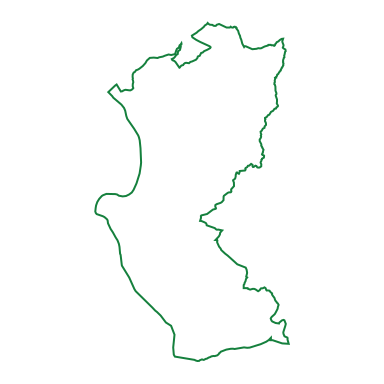 Daesti, Vâlcea, Romania (Equal Earth projection)
{"feature_id": "2599482B34599857525673", "entity_name": "Daesti", "entity_type": "district", "adm_level": 2, "iso_a3": "ROU", "parent_name": "Romania", "parent_adm1": "Vâlcea", "projection": "equal_earth", "projection_center": [24.416, 45.181], "detail": "fine", "context": "isolated", "style": "outline", "palette": "green", "viewbox_px": 384, "rotation_deg": 0, "n_neighbors": 0, "source": "geoboundaries", "source_scale": "gbopen_adm2", "svg_char_len": 5921}
<svg xmlns="http://www.w3.org/2000/svg" viewBox="0 0 384 384"><path d="M284.4,320.3L283.6,319.9L282.1,320.3L279.3,322.6L279.0,323.5L275.6,323.0L272.3,321.5L271.5,320.6L270.7,318.6L270.9,318.1L271.7,316.9L274.7,314.2L275.7,312.5L277.6,308.8L277.9,306.9L278.6,304.9L277.8,303.4L276.7,302.5L276.5,301.8L275.5,300.8L275.0,299.8L274.5,298.0L272.4,295.2L272.0,294.3L272.1,293.4L270.5,292.1L269.5,290.7L267.6,290.4L266.7,290.5L266.2,289.9L265.6,288.2L264.5,287.4L262.7,288.3L261.1,288.3L260.2,289.3L259.7,290.2L258.1,291.2L255.5,289.4L254.2,288.9L252.6,288.9L250.1,289.6L247.7,288.7L247.6,288.1L243.7,288.1L243.7,285.0L244.5,283.8L244.6,282.8L245.5,281.2L246.0,279.0L247.2,277.4L246.2,276.7L247.0,273.6L247.1,272.6L246.6,269.7L245.7,267.6L237.3,264.3L227.7,255.6L225.2,253.7L221.3,250.1L220.6,248.5L219.1,246.7L217.2,242.5L217.1,241.7L217.4,240.8L217.2,240.1L215.5,240.0L218.9,236.4L219.9,234.5L220.2,232.6L222.2,230.4L218.5,229.6L216.9,229.7L216.0,229.3L214.8,228.1L206.7,225.3L206.5,224.1L205.9,223.1L204.5,222.3L201.4,221.0L200.1,220.9L201.0,217.9L200.9,216.0L201.4,215.4L207.1,214.0L212.9,209.6L215.7,208.8L216.0,208.2L215.3,206.7L215.3,205.4L215.4,205.0L216.6,204.2L220.5,202.9L221.7,202.2L223.5,200.2L223.6,196.6L223.9,195.8L227.8,192.8L228.8,192.4L230.7,192.3L231.1,192.0L231.4,191.3L231.1,190.1L231.2,189.3L234.0,186.1L233.9,182.5L233.1,180.6L233.1,180.2L234.7,179.0L235.2,178.4L235.7,176.4L235.7,175.0L236.5,172.6L237.0,172.4L237.9,173.3L238.9,173.8L239.5,172.6L239.7,171.0L245.0,170.5L245.4,170.0L245.6,169.5L245.3,168.6L245.6,168.0L247.2,167.1L247.9,165.8L249.3,165.6L251.1,163.9L252.5,164.8L252.6,166.5L253.0,167.0L253.7,166.9L255.4,165.7L256.4,166.0L257.3,167.4L258.1,167.6L259.6,167.5L261.2,166.4L261.3,164.2L260.6,162.7L260.7,162.0L261.2,161.3L261.5,160.4L261.4,159.8L262.0,159.3L262.0,158.7L263.9,157.6L264.1,155.8L263.7,155.3L262.5,155.0L262.0,154.3L262.5,153.2L262.9,152.7L262.8,152.2L263.5,149.7L262.4,148.0L262.4,147.5L261.9,147.0L261.9,146.6L261.2,145.7L261.4,145.0L261.2,144.0L259.7,141.1L259.7,139.4L260.4,138.6L261.1,137.0L261.1,136.3L260.8,135.7L261.3,134.3L260.8,133.3L260.6,131.6L261.6,130.9L262.8,128.7L264.5,127.8L264.6,126.4L266.0,124.9L266.0,123.9L265.7,122.3L265.1,121.6L265.0,120.0L265.4,119.2L265.0,118.5L265.0,117.9L266.8,116.9L268.0,115.2L269.3,114.7L271.0,111.9L273.1,110.8L274.5,108.8L275.9,108.6L276.2,108.2L276.3,107.5L277.6,106.6L278.0,106.0L277.9,105.5L276.8,103.5L277.0,101.5L277.0,99.4L275.7,95.6L275.8,94.9L276.4,94.1L276.4,93.1L275.5,90.7L275.4,86.5L274.8,84.5L274.4,84.3L274.4,82.9L274.9,82.0L274.7,80.6L275.2,78.7L275.0,77.9L276.1,77.6L275.9,77.0L276.5,76.6L277.1,75.5L277.2,74.6L278.3,73.9L278.9,72.6L279.5,72.0L279.6,71.5L280.8,70.5L280.8,69.6L281.8,68.2L281.8,67.5L282.7,66.7L283.1,65.4L283.4,65.1L283.2,64.0L283.5,63.4L283.0,62.2L283.2,61.7L283.0,61.1L283.3,59.4L283.7,58.6L283.8,57.8L284.4,57.3L284.2,55.4L284.5,54.9L285.1,51.8L285.7,51.1L285.4,49.5L283.5,48.4L282.8,47.7L283.5,45.7L283.5,45.0L282.4,42.1L282.3,41.3L283.1,38.7L281.6,38.9L279.8,40.0L278.4,41.4L276.7,42.2L276.0,43.4L275.2,44.2L275.0,45.1L274.4,45.8L274.0,45.8L273.2,45.2L271.5,45.3L270.8,44.8L269.9,45.0L269.2,44.8L268.3,44.9L268.0,45.5L264.6,46.5L261.3,48.2L260.0,48.4L258.3,48.2L256.5,48.8L252.3,49.2L245.8,46.3L244.7,46.2L244.1,47.0L242.3,43.7L241.2,39.5L240.4,37.8L240.0,35.8L238.9,33.6L238.1,30.7L236.8,29.1L236.7,28.2L236.2,28.2L235.9,27.3L235.7,27.4L234.8,26.7L233.8,26.9L233.5,27.4L232.6,27.6L231.3,27.3L230.7,26.7L229.8,27.5L226.5,27.5L219.1,24.0L216.7,24.8L216.1,25.6L215.7,25.9L214.2,25.9L213.3,25.6L212.5,24.9L209.9,24.7L208.3,23.8L207.7,23.0L206.7,24.3L204.8,25.5L203.9,26.8L201.1,29.2L198.3,31.1L196.6,32.7L191.9,35.6L192.4,37.3L196.3,39.9L200.3,42.0L209.7,46.3L210.6,47.2L210.2,48.1L207.4,49.7L204.2,51.1L202.6,52.6L201.2,52.9L199.7,55.8L197.8,56.5L197.4,58.0L196.0,59.7L192.0,61.5L190.4,61.9L189.0,63.2L186.1,62.8L185.1,63.0L183.9,63.9L183.1,65.1L181.5,65.5L180.6,66.3L179.8,67.5L179.4,67.7L175.4,61.9L174.2,60.9L172.4,60.2L171.8,59.1L173.9,58.0L175.1,56.7L176.1,55.1L177.7,54.1L178.0,51.7L178.5,50.9L180.0,49.9L180.8,46.6L180.2,45.4L181.4,44.5L181.5,43.8L181.4,43.3L180.7,44.4L179.6,45.3L178.8,47.8L177.8,48.2L176.9,48.9L176.1,50.8L175.2,53.7L174.6,54.2L171.2,55.0L168.6,54.5L164.9,55.7L162.8,56.6L159.2,57.3L157.6,58.0L153.8,57.6L149.8,57.9L146.9,60.5L145.4,63.1L142.8,66.0L139.4,68.7L137.7,69.7L136.1,70.2L134.9,71.9L133.7,72.5L132.7,74.5L132.6,77.1L132.9,78.3L132.6,79.4L133.0,80.5L133.3,82.2L132.8,83.9L132.7,86.2L133.3,88.1L132.3,89.3L130.6,90.3L129.1,90.3L125.6,89.8L124.7,90.0L123.2,90.6L122.5,91.2L120.9,91.5L116.6,84.5L115.1,85.6L108.3,92.1L112.2,96.1L113.3,97.7L121.4,104.6L124.0,107.9L125.2,110.7L126.3,116.0L127.3,118.9L134.1,128.7L138.2,135.4L138.9,137.2L139.7,140.3L140.5,148.2L141.1,162.5L140.8,165.6L139.6,173.5L136.5,183.4L133.6,189.8L131.8,192.5L129.1,194.5L126.0,196.0L122.7,196.4L118.9,195.7L117.1,194.5L115.3,194.1L106.4,193.9L103.1,195.2L101.8,196.0L99.2,198.9L97.3,202.0L96.1,205.4L95.7,207.8L95.3,211.5L95.8,213.0L96.7,214.1L102.8,216.2L104.5,217.1L106.9,219.2L107.6,220.3L108.0,223.3L110.6,228.9L112.9,232.4L115.7,237.5L117.5,240.3L118.9,243.9L119.5,246.9L120.1,253.8L120.6,254.8L121.8,265.1L122.0,265.8L129.2,277.5L134.4,289.1L135.7,291.2L152.4,307.6L155.2,310.6L157.0,312.0L160.7,315.6L165.9,322.5L171.1,325.8L174.5,334.7L173.2,347.5L173.8,354.7L174.9,356.6L194.7,359.9L195.4,360.4L197.4,361.0L199.1,360.9L199.9,360.2L202.0,359.4L203.5,359.9L204.3,359.7L205.6,358.9L206.8,358.7L208.6,357.6L210.4,357.0L211.3,356.4L213.4,356.0L214.7,356.1L217.2,355.4L218.7,354.2L219.1,353.3L220.0,352.7L220.8,351.7L226.3,349.6L230.6,348.8L232.9,348.7L234.6,349.0L244.0,347.4L247.2,347.8L249.7,347.6L260.9,344.1L266.3,341.7L268.8,340.0L270.9,337.8L270.9,339.2L270.6,340.2L272.6,340.2L282.2,343.4L288.7,343.8L287.5,339.5L287.6,338.3L287.4,337.6L284.5,336.3L283.5,333.9L283.3,332.6L283.4,331.9L285.3,325.9L285.8,323.9L284.4,320.3Z" fill="none" stroke="#15803d" stroke-width="2"/></svg>